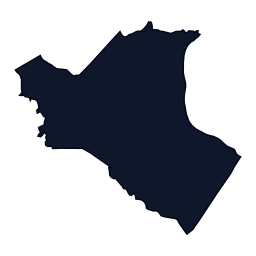 outline of São João Batista, Maranhão, Brazil
{"feature_id": "56859067B29917550346546", "entity_name": "São João Batista", "entity_type": "district", "adm_level": 2, "iso_a3": "BRA", "parent_name": "Brazil", "parent_adm1": "Maranhão", "projection": "equal_earth", "projection_center": [-44.778, -3.014], "detail": "fine", "context": "isolated", "style": "filled", "palette": "ink", "viewbox_px": 256, "rotation_deg": 0, "n_neighbors": 0, "source": "geoboundaries", "source_scale": "gbopen_adm2", "svg_char_len": 2584}
<svg xmlns="http://www.w3.org/2000/svg" viewBox="0 0 256 256"><path d="M240.6,156.8L238.9,156.0L236.4,154.0L234.4,149.5L231.0,148.0L227.1,146.3L223.1,142.9L221.4,141.1L218.8,139.0L216.8,138.0L213.3,136.4L210.2,135.7L207.6,134.9L205.3,134.1L203.1,132.9L200.8,131.6L198.9,130.7L196.1,129.1L193.7,127.2L191.5,125.0L189.6,122.5L188.6,120.7L187.5,117.5L186.4,114.5L185.9,112.1L185.4,109.0L184.9,105.8L184.3,103.3L184.1,101.0L184.1,97.7L184.3,94.7L184.7,92.4L185.1,90.0L185.6,87.1L185.4,82.7L184.2,77.6L183.5,74.2L183.2,71.2L183.3,67.7L183.3,62.6L183.6,59.5L183.9,55.4L185.1,50.6L186.6,47.2L188.0,45.0L189.3,43.6L191.3,41.6L193.5,40.6L195.7,38.4L197.9,36.9L200.0,34.4L197.9,33.5L198.0,30.8L196.1,31.0L195.1,32.8L193.7,31.3L191.2,31.1L189.2,30.8L187.3,32.4L185.5,33.0L184.3,31.0L182.8,29.9L181.4,31.2L179.5,31.4L175.9,31.5L172.9,32.8L170.7,33.5L167.9,32.8L162.6,31.4L160.0,31.2L158.1,30.1L156.1,29.7L153.8,30.0L152.1,28.7L152.2,25.9L151.2,22.3L148.7,21.9L147.3,24.6L145.5,27.0L142.9,29.7L140.5,31.4L138.1,31.2L136.1,31.7L134.0,32.9L130.9,34.3L128.9,34.8L127.3,36.3L124.8,37.2L122.6,35.9L121.2,34.2L120.0,31.6L113.4,38.6L103.0,50.1L89.7,64.7L79.2,75.4L76.9,75.2L73.8,76.0L71.0,74.2L68.4,71.5L66.4,69.8L64.5,69.6L61.8,69.3L56.7,68.8L53.8,66.9L51.2,64.8L49.2,63.9L47.5,62.8L45.7,61.5L43.4,60.4L41.6,58.3L40.3,55.5L15.4,70.0L16.5,71.6L18.2,73.2L19.6,74.4L20.6,76.5L21.6,79.7L21.5,82.4L21.6,84.6L21.5,87.9L22.0,92.8L19.7,95.3L22.3,95.5L24.0,95.0L25.3,96.8L27.6,96.9L29.7,98.0L30.3,100.4L31.4,98.5L33.2,99.1L35.3,99.5L37.2,101.0L38.5,104.9L38.9,108.3L36.7,110.3L37.3,113.1L39.0,112.2L40.6,111.7L42.5,114.4L43.6,116.3L45.4,116.8L45.4,119.0L44.6,121.3L44.1,124.9L42.2,126.0L40.6,126.5L38.6,127.6L39.3,129.9L40.6,132.5L39.0,134.1L38.0,136.1L40.6,136.7L42.6,134.9L44.5,131.6L45.4,133.6L47.0,134.6L45.8,137.2L46.6,140.7L45.4,142.4L45.7,145.1L47.5,146.4L49.8,146.3L51.6,146.0L52.7,148.5L60.1,148.2L79.5,148.3L82.3,148.3L90.3,152.8L111.5,167.6L108.8,167.6L109.4,171.0L109.8,175.2L111.1,177.1L113.6,178.5L115.5,178.4L116.7,179.7L118.1,181.4L120.6,184.3L122.3,186.3L123.5,188.4L126.4,189.1L128.1,192.5L129.6,194.8L131.4,195.4L133.2,193.3L135.4,195.4L135.9,199.0L138.5,199.3L140.7,199.6L142.6,200.5L144.8,202.3L146.2,205.5L146.5,208.3L148.9,209.6L150.7,210.0L152.8,210.8L155.6,210.9L157.5,211.0L159.4,213.1L161.2,215.7L164.1,216.6L166.7,217.1L168.7,217.4L171.3,217.9L173.8,218.2L175.8,218.8L177.4,219.6L178.9,222.6L180.9,225.6L186.9,234.1L192.7,229.5L194.3,227.1L196.6,223.9L199.1,220.3L217.1,193.0L223.5,183.8L230.5,173.7L234.7,165.9L240.6,156.8Z" fill="#0f172a" stroke="#020617" stroke-width="1.5"/></svg>